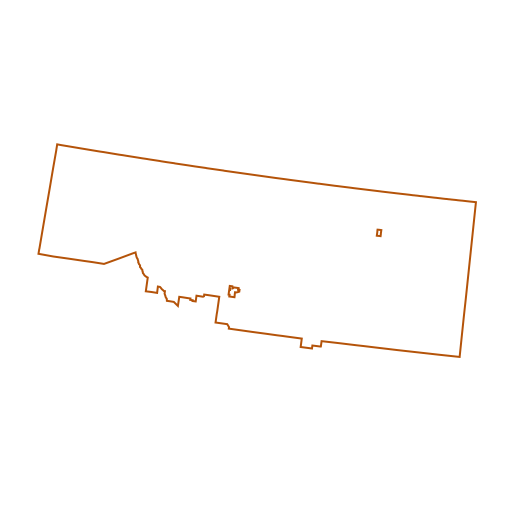 MacDonnell, Northern Territory, Australia (Albers equal-area conic projection), rotated 188°
{"feature_id": "25037944B32264354424251", "entity_name": "MacDonnell", "entity_type": "district", "adm_level": 2, "iso_a3": "AUS", "parent_name": "Australia", "parent_adm1": "Northern Territory", "projection": "albers", "projection_center": [133.822, -24.426], "detail": "fine", "context": "isolated", "style": "outline", "palette": "amber", "viewbox_px": 512, "rotation_deg": 188, "n_neighbors": 0, "source": "geoboundaries", "source_scale": "gbopen_adm2", "svg_char_len": 5474}
<svg xmlns="http://www.w3.org/2000/svg" viewBox="0 0 512 512"><g transform="rotate(188 256 256)"><path d="M471.7,227.9L456.6,227.3L441.2,227.3L425.9,227.2L416.5,227.2L405.4,227.0L391.8,234.2L378.3,241.5L375.8,242.8L375.7,242.4L375.6,242.1L375.5,241.7L375.4,241.5L375.3,241.4L375.0,240.6L374.9,240.2L374.7,239.8L374.4,239.1L374.3,238.7L374.1,238.3L373.8,237.8L373.6,237.5L373.4,237.2L373.1,237.0L373.0,236.9L372.9,236.7L372.8,236.4L372.7,236.3L372.7,236.1L372.5,235.7L372.4,235.6L372.3,235.4L372.1,235.0L372.0,234.8L372.0,234.6L371.9,234.4L371.8,234.1L371.7,234.0L371.7,233.8L371.7,233.4L371.7,233.1L371.4,232.8L371.2,232.7L370.9,232.1L370.8,231.8L370.7,231.6L370.2,231.3L370.0,231.1L369.8,230.9L369.5,230.5L369.5,230.2L369.4,229.9L369.4,229.4L369.4,229.1L369.3,228.9L369.0,228.7L368.9,228.6L368.6,228.4L368.4,228.3L368.1,227.8L368.0,227.6L367.9,227.4L367.5,227.2L367.3,227.1L367.1,226.9L366.8,226.6L366.6,226.4L366.6,226.2L366.5,225.9L366.5,225.6L366.3,225.2L366.2,225.1L366.2,224.9L365.9,224.5L365.9,224.4L365.8,224.2L365.8,223.9L365.7,223.6L365.6,223.3L365.2,223.0L365.0,222.8L364.8,222.6L364.6,222.4L364.4,222.1L364.1,221.7L363.9,221.5L363.7,221.3L363.2,221.0L363.0,220.8L362.7,220.7L362.2,220.4L361.9,220.2L361.6,220.1L361.2,219.9L360.8,219.8L360.5,219.7L360.4,219.7L360.2,219.6L360.2,205.7L354.9,205.8L354.2,205.8L348.8,205.7L348.9,212.1L347.0,212.0L346.6,211.9L345.8,211.2L345.0,210.4L344.7,210.1L344.4,209.9L344.1,209.7L343.7,209.5L343.4,209.3L342.5,208.6L342.3,208.5L341.3,208.5L341.3,206.1L341.2,205.8L341.0,205.5L340.8,205.1L340.7,204.8L340.3,204.1L340.1,203.7L340.0,203.3L339.8,202.9L339.6,202.6L339.5,202.3L338.5,201.4L338.5,201.1L338.3,200.6L338.2,200.2L338.1,199.7L338.0,199.2L334.8,199.2L331.0,199.1L326.4,195.7L326.3,204.7L326.3,204.9L322.8,204.9L317.4,204.8L316.9,204.8L315.6,204.8L315.0,204.8L315.0,204.0L315.0,203.4L312.6,203.4L312.6,202.6L309.4,202.6L309.4,206.7L309.4,208.4L302.8,208.3L301.9,208.9L301.9,209.2L301.9,209.8L301.9,210.6L297.6,210.6L296.1,210.6L286.7,210.5L286.7,195.9L286.8,193.0L286.8,192.3L286.8,184.5L275.0,184.5L272.8,181.8L272.8,180.3L269.9,180.3L267.9,180.3L261.9,180.3L257.5,180.3L248.8,180.3L234.4,180.4L231.5,180.4L224.0,180.4L218.8,180.5L217.9,180.5L214.5,180.5L199.2,180.6L199.1,172.1L187.7,172.2L187.7,175.2L179.8,175.3L179.2,175.4L179.2,180.8L163.9,181.2L159.3,181.3L143.9,181.6L136.8,181.8L121.5,182.1L117.5,182.2L103.4,182.5L89.2,182.9L61.2,183.7L40.3,184.4L41.1,206.3L41.8,226.2L42.3,242.7L45.7,339.9L45.8,339.9L46.5,339.9L51.8,339.7L55.6,339.6L60.1,339.5L60.9,339.4L61.6,339.4L63.9,339.3L65.4,339.3L65.7,339.3L70.4,339.1L71.3,339.1L73.5,339.0L73.9,339.0L74.0,339.0L74.7,339.0L75.1,339.0L76.3,338.9L79.7,338.8L80.4,338.8L80.9,338.8L84.3,338.7L84.6,338.7L85.0,338.7L85.4,338.7L85.5,338.7L87.6,338.6L100.2,338.3L100.7,338.3L101.2,338.2L102.1,338.2L102.8,338.2L103.3,338.2L103.5,338.2L103.8,338.2L104.3,338.2L107.0,338.1L107.4,338.1L109.1,338.0L109.4,338.0L109.7,338.0L109.8,338.0L111.8,338.0L112.1,338.0L116.2,337.9L126.8,337.6L127.5,337.6L140.4,337.3L141.1,337.3L141.9,337.3L168.8,336.8L169.1,336.8L169.8,336.8L170.6,336.8L171.3,336.8L183.4,336.6L184.2,336.6L187.9,336.5L188.7,336.5L202.3,336.4L203.8,336.4L204.1,336.3L204.8,336.3L205.3,336.3L206.1,336.3L210.1,336.3L233.2,336.1L234.0,336.1L237.0,336.1L237.8,336.1L247.6,336.0L248.3,336.0L257.0,336.0L257.5,336.0L259.6,336.0L260.0,336.0L262.5,336.0L262.9,336.0L263.0,336.0L264.1,336.0L265.2,336.0L267.5,336.0L268.1,336.0L269.1,336.0L270.9,336.0L272.2,336.0L273.9,336.0L275.2,336.0L275.5,336.0L285.2,336.0L285.3,336.0L287.5,336.0L288.3,336.0L288.7,336.0L289.8,336.0L290.4,336.0L290.9,336.0L291.8,336.0L298.4,336.0L299.5,336.0L299.9,336.1L300.5,336.1L301.5,336.1L302.5,336.1L303.0,336.1L304.0,336.1L305.0,336.1L306.6,336.1L309.0,336.1L310.9,336.1L312.5,336.1L313.2,336.1L313.7,336.1L315.5,336.1L316.7,336.1L317.1,336.1L317.8,336.2L319.4,336.2L320.1,336.2L323.9,336.2L324.6,336.2L325.4,336.2L326.9,336.2L327.9,336.2L329.1,336.2L335.3,336.3L349.4,336.4L349.7,336.5L351.1,336.5L351.7,336.5L352.1,336.5L354.6,336.5L355.2,336.5L355.7,336.5L357.0,336.5L357.3,336.5L363.1,336.6L364.8,336.7L365.3,336.7L374.6,336.8L378.4,336.9L382.2,336.9L386.2,337.0L397.7,337.2L398.0,337.2L401.8,337.3L405.8,337.3L417.5,337.6L421.4,337.7L421.5,337.7L425.3,337.7L429.2,337.8L433.2,337.9L441.0,338.1L445.3,338.2L448.8,338.3L452.7,338.4L456.6,338.5L464.5,338.7L468.4,338.9L468.5,334.3L468.5,332.8L469.1,315.3L469.3,308.5L469.7,294.1L470.2,278.2L470.9,254.6L471.1,247.8L471.2,244.0L471.5,233.3L471.6,232.6L471.7,227.9ZM271.7,215.6L271.7,215.3L271.7,214.0L271.6,213.8L271.6,212.9L271.6,212.2L273.2,212.2L274.2,212.2L274.3,212.2L274.7,212.2L274.8,212.2L275.1,212.2L276.2,212.2L276.8,212.2L276.8,214.0L277.8,214.0L277.8,215.1L277.8,217.1L277.8,217.7L277.8,217.9L277.8,218.1L277.8,218.3L277.8,218.8L276.9,218.8L276.9,219.1L276.9,219.3L276.9,219.8L276.9,220.1L277.6,220.1L277.8,220.1L277.8,220.7L277.8,222.3L277.8,222.7L276.7,222.7L275.9,222.7L275.3,222.7L275.1,222.7L274.8,221.8L274.7,221.4L274.6,220.7L274.4,220.8L273.4,221.7L273.3,221.8L272.3,221.8L271.3,221.8L270.5,221.8L269.0,221.8L269.1,221.4L269.1,220.7L269.1,220.2L268.3,220.4L268.3,220.0L268.3,219.7L267.6,219.9L267.6,218.4L268.4,218.0L268.6,217.9L268.8,217.8L270.2,217.2L270.5,217.2L271.7,217.2L271.7,216.4L271.7,215.7L271.7,215.6ZM135.5,299.1L135.5,297.6L135.5,296.0L135.4,294.5L135.4,293.0L136.9,293.0L138.5,292.9L139.2,292.9L139.2,296.7L139.3,297.6L139.3,299.0L137.5,299.1L135.5,299.1Z" fill="none" stroke="#b45309" stroke-width="2"/></g></svg>